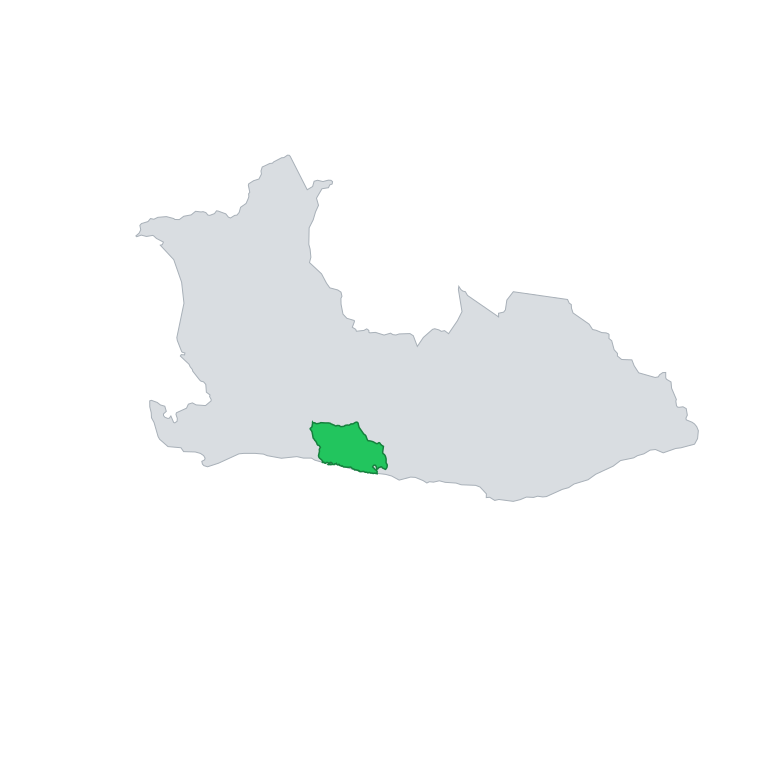 Áncash highlighted on a map of Peru, rotated 304°
{"feature_id": "PER-577", "entity_name": "Áncash", "entity_type": "Department", "adm_level": 1, "iso_a3": "PER", "parent_name": "Peru", "parent_adm1": "", "projection": "natural_earth1", "projection_center": [-77.843, -9.38], "detail": "fine", "context": "in_parent", "style": "filled", "palette": "green", "viewbox_px": 768, "rotation_deg": 304, "n_neighbors": 0, "source": "natural_earth", "source_scale": "10m", "svg_char_len": 7976}
<svg xmlns="http://www.w3.org/2000/svg" viewBox="0 0 768 768"><g transform="rotate(304 384 384)"><path d="M523.2,226.1L523.0,228.2L520.8,229.2L518.7,227.7L515.7,228.2L511.2,223.4L500.3,224.1L495.5,229.8L488.4,231.0L480.5,233.5L471.6,234.6L457.7,243.6L454.5,247.3L448.2,252.5L443.0,254.3L440.4,270.6L435.4,280.0L433.4,285.3L436.1,293.1L436.1,297.0L433.2,300.1L430.9,300.4L426.1,303.8L419.0,310.9L417.7,316.5L420.0,323.8L419.2,324.6L413.3,326.0L413.5,330.0L412.3,331.6L417.2,337.4L420.0,338.8L420.1,340.3L419.7,341.8L418.5,342.4L418.5,343.7L422.0,348.0L424.6,356.7L429.8,361.0L429.9,363.8L431.3,366.5L434.0,368.6L440.3,377.3L440.4,381.3L433.8,390.6L444.6,390.6L456.5,393.7L458.2,395.2L459.6,399.4L459.7,402.1L462.1,404.4L461.8,409.4L477.5,409.5L487.6,408.2L504.1,392.7L506.8,391.4L505.3,394.8L505.1,397.3L506.0,399.9L504.1,403.7L503.7,441.5L506.7,439.4L510.5,443.0L513.3,443.2L522.3,438.9L532.8,439.6L556.7,488.9L554.6,492.3L554.6,494.8L551.7,497.0L548.6,501.0L548.3,520.6L545.8,526.5L547.1,529.6L548.4,535.8L550.6,539.6L551.1,542.0L550.9,542.9L547.5,545.1L547.2,548.6L541.1,555.6L539.9,560.4L537.7,561.9L537.2,567.3L542.6,576.0L539.0,581.2L535.7,588.9L541.0,605.1L543.3,607.4L545.7,607.3L549.3,608.7L551.1,611.1L546.7,614.1L545.9,615.5L546.2,620.8L541.3,624.8L534.7,635.0L533.0,635.5L529.6,638.6L529.0,640.1L529.6,641.6L532.3,644.6L532.6,648.3L527.8,652.9L524.6,653.4L523.3,654.6L524.6,660.9L524.5,663.8L523.5,667.1L521.1,670.7L514.1,674.5L507.8,675.1L497.1,665.8L493.7,661.9L483.1,654.0L481.5,645.7L478.0,641.6L471.4,638.5L466.3,634.2L462.4,632.3L452.8,622.9L444.0,619.9L427.6,610.0L418.7,606.7L407.4,597.5L401.3,595.0L396.3,590.7L381.5,581.6L379.1,578.7L376.9,574.1L373.6,571.4L369.9,565.3L364.3,561.6L359.0,556.8L352.5,543.8L349.4,540.9L349.2,535.0L347.0,532.3L350.2,530.3L352.3,521.2L351.2,516.6L343.6,504.3L342.2,499.2L336.7,489.7L334.7,484.0L330.3,479.9L328.4,476.3L325.9,474.9L325.8,470.5L324.1,462.2L321.7,458.1L312.8,450.3L312.0,441.8L310.0,435.9L297.7,412.2L290.6,389.3L284.6,376.6L282.2,369.3L282.0,365.3L277.5,358.6L275.1,352.4L265.1,340.5L259.3,327.3L258.5,323.3L254.5,316.1L248.1,306.6L245.0,302.8L225.8,291.1L216.7,284.0L215.6,280.3L216.1,278.2L218.0,276.2L220.8,277.7L222.5,277.1L223.8,274.5L223.8,270.6L222.1,265.5L215.9,255.7L217.6,251.3L211.3,239.9L212.7,228.9L214.1,226.1L223.5,214.9L226.0,210.1L230.0,207.1L234.1,202.6L239.0,199.2L240.4,200.3L241.9,206.3L241.6,210.3L243.0,214.7L239.6,218.8L235.9,217.9L234.5,218.9L233.9,220.8L234.5,223.9L235.5,225.1L238.3,225.2L234.5,231.1L234.8,232.3L237.4,233.3L239.9,231.9L242.5,228.5L244.1,228.0L253.5,233.8L257.9,233.1L261.2,235.7L261.6,239.9L266.3,248.1L273.3,250.1L274.5,249.4L276.1,246.4L277.6,245.9L277.9,241.3L284.0,236.5L284.9,233.2L284.0,230.8L284.2,229.0L287.7,218.2L288.8,217.1L289.9,213.6L291.3,211.5L293.3,199.5L295.0,199.5L296.6,202.4L298.4,201.6L297.5,198.9L297.8,198.0L304.5,188.3L306.6,186.3L339.1,173.0L355.2,159.3L369.5,140.2L374.0,120.9L375.6,122.3L378.3,121.8L377.4,114.0L378.0,110.3L377.9,109.2L373.5,104.6L371.7,99.5L367.8,96.6L368.0,95.5L372.1,96.6L375.8,96.1L379.0,92.9L381.4,93.2L386.7,97.5L390.6,97.9L391.9,101.1L395.7,103.3L401.1,110.0L403.6,117.2L403.4,118.6L405.9,122.4L411.1,124.2L416.4,129.6L421.8,131.2L424.3,136.1L425.7,137.6L426.5,140.4L425.6,143.6L426.4,145.3L430.5,148.2L433.9,148.3L434.6,149.7L436.6,157.7L435.3,161.7L435.8,163.9L440.3,165.9L441.7,167.6L445.2,168.0L450.3,166.3L456.6,168.7L461.5,167.8L463.7,167.2L466.0,165.4L467.9,165.5L472.9,160.4L474.3,159.9L479.6,162.2L484.0,165.7L489.5,165.0L491.8,162.9L495.8,161.7L503.0,166.0L504.6,168.0L506.6,168.4L514.3,172.6L515.7,174.4L519.7,176.0L520.6,177.4L520.3,178.9L502.1,211.7L507.8,214.4L513.0,212.7L515.7,214.9L517.7,220.2L521.8,223.8L523.2,226.1Z" fill="#d9dde1" stroke="#a8b0b8" stroke-width="1"/><path d="M305.8,428.5L305.2,427.3L305.3,427.0L304.9,426.2L304.4,425.7L303.7,425.0L303.7,424.5L303.4,423.8L302.9,423.1L302.5,422.4L302.5,422.1L302.7,421.8L302.6,421.5L302.3,421.1L301.3,420.4L301.3,419.8L301.2,418.9L300.7,418.4L300.5,418.1L300.4,417.6L300.2,417.0L300.3,416.6L300.1,416.1L300.0,415.7L299.4,415.0L298.3,413.8L298.0,413.2L297.8,412.8L297.8,412.5L298.1,412.5L298.2,412.3L298.2,411.9L297.9,411.5L298.0,411.3L298.0,410.9L298.0,410.7L297.5,410.0L297.4,409.2L297.3,408.9L297.0,408.5L296.9,408.1L296.7,408.0L296.6,407.9L296.4,407.8L296.4,407.6L296.6,407.3L296.5,406.9L296.6,406.6L296.5,406.2L296.4,405.7L296.2,405.4L296.2,404.8L296.3,404.2L296.5,403.8L296.5,402.8L295.5,401.6L294.6,400.5L294.4,399.7L293.9,399.2L293.7,398.6L293.5,398.3L293.1,397.6L292.7,397.1L292.6,396.1L292.8,395.2L292.2,394.9L292.1,394.4L292.2,393.9L291.9,393.5L291.7,392.7L291.9,392.3L292.3,391.9L292.1,391.4L291.7,391.4L291.1,390.9L291.0,390.0L291.1,389.5L291.3,389.2L291.5,389.0L291.2,388.9L290.9,388.5L290.7,388.4L290.5,388.0L290.2,387.8L289.8,387.9L289.6,388.0L289.0,387.2L288.9,386.9L288.9,386.6L288.6,386.4L288.4,386.1L288.7,385.9L288.9,385.7L289.2,385.6L289.4,384.9L289.5,384.3L289.2,383.5L288.7,383.2L288.2,383.0L287.8,383.2L287.5,383.4L287.4,383.6L287.6,383.9L287.6,384.3L287.7,384.9L287.7,385.3L287.4,385.2L287.0,384.3L286.5,383.6L286.1,383.1L286.1,382.8L286.0,382.6L286.6,382.7L287.2,382.9L287.4,382.6L287.5,382.2L287.5,381.6L287.3,380.8L287.0,380.4L286.6,380.0L286.3,380.0L285.8,380.0L285.5,379.8L285.3,379.3L285.3,378.8L285.5,378.3L285.6,377.9L285.4,377.7L284.7,377.4L284.7,377.0L284.9,377.1L285.1,376.9L285.1,376.4L285.6,376.3L285.8,376.0L285.9,375.7L286.2,374.7L286.5,372.0L287.1,370.6L288.1,369.7L292.0,368.2L293.5,367.0L294.1,366.8L294.8,366.7L295.5,366.7L295.9,366.7L296.7,364.7L296.6,364.2L296.4,363.6L296.3,363.3L296.4,363.0L296.5,362.5L297.4,361.3L298.4,359.4L298.5,359.1L298.5,358.8L298.5,358.5L298.6,358.2L298.7,357.9L299.3,356.8L299.3,356.5L299.4,356.0L299.5,355.7L299.8,355.3L304.0,351.2L304.4,350.5L304.7,350.0L305.2,348.4L305.4,348.1L305.6,347.8L306.1,347.7L306.4,347.8L306.7,347.9L307.3,348.1L308.0,348.2L308.5,348.1L309.0,347.9L309.8,347.5L310.5,347.2L311.5,346.8L311.9,346.4L312.5,346.1L312.3,346.7L312.4,347.3L312.8,347.8L313.2,348.4L313.0,348.7L313.0,349.1L313.1,349.5L313.2,349.8L313.6,350.6L315.6,352.7L316.2,352.9L316.4,353.1L316.6,353.2L316.9,353.7L318.7,356.8L320.6,359.6L321.1,360.7L321.4,361.5L321.3,362.7L321.5,363.1L321.6,363.4L321.7,364.5L322.0,365.3L322.0,365.5L322.1,367.1L322.2,367.5L322.5,367.8L323.2,368.2L323.5,368.5L324.3,369.8L324.5,370.2L324.5,370.7L324.4,371.1L324.3,371.4L324.5,371.9L324.9,372.6L326.4,374.3L326.8,374.6L328.1,375.0L328.3,375.4L329.4,376.4L330.2,377.9L330.5,378.2L330.9,378.4L332.4,378.9L332.5,379.0L332.7,379.5L332.8,379.6L333.0,379.7L333.4,380.4L334.0,380.8L335.4,381.4L336.2,381.8L336.9,382.4L337.3,383.0L337.2,384.0L337.1,384.4L336.9,384.6L336.4,385.0L334.3,387.4L334.0,387.9L331.2,395.2L331.2,396.9L330.9,397.9L328.8,400.8L328.4,401.5L328.2,402.0L328.1,402.4L328.2,402.7L328.3,403.0L328.9,404.0L329.8,406.4L330.1,407.7L330.2,409.6L330.3,410.8L330.5,411.2L330.6,411.5L331.1,412.0L331.3,412.1L331.6,412.2L331.9,412.3L332.3,412.5L332.6,412.7L332.7,413.0L332.7,413.3L332.7,413.6L332.2,414.8L332.1,415.2L331.9,416.7L332.0,418.4L327.3,420.7L326.0,421.6L325.9,421.9L325.8,422.2L325.7,423.8L325.6,424.1L325.3,424.8L324.7,425.8L323.4,427.3L322.7,427.9L319.9,429.7L318.9,431.7L318.0,432.4L316.6,433.0L316.2,433.1L314.6,433.1L314.1,433.0L313.9,432.8L313.9,432.5L314.0,432.1L313.9,431.7L313.9,431.4L313.7,430.8L313.6,430.5L313.6,430.1L313.6,429.8L313.6,429.5L313.8,428.9L313.9,428.5L313.9,428.2L313.7,427.8L313.4,427.6L312.7,427.2L312.4,427.0L311.9,426.4L311.6,426.3L311.3,426.3L310.6,426.3L310.2,426.3L309.8,426.1L309.5,425.9L309.5,425.6L309.6,425.4L310.0,424.9L310.7,424.4L311.1,423.9L311.3,423.7L311.4,423.4L311.6,422.8L311.8,422.3L311.5,421.6L311.4,421.4L311.0,421.0L309.5,420.8L309.1,420.8L308.8,421.0L308.7,421.3L308.6,422.5L308.6,422.8L308.2,424.1L308.1,424.5L308.1,424.8L308.2,425.3L308.3,425.5L308.2,425.8L308.1,426.2L307.9,426.8L307.7,427.1L307.4,427.4L307.2,427.5L306.7,427.7L306.6,427.8L305.8,428.5L305.8,428.5Z" fill="#22c55e" stroke="#15803d" stroke-width="1.5"/></g></svg>